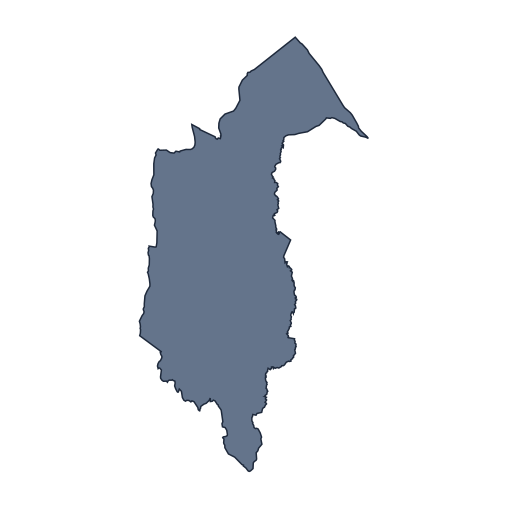 Bakan, Pouthisat, Cambodia (Equal Earth projection), rotated 174°
{"feature_id": "14789045B65386681247425", "entity_name": "Bakan", "entity_type": "district", "adm_level": 2, "iso_a3": "KHM", "parent_name": "Cambodia", "parent_adm1": "Pouthisat", "projection": "equal_earth", "projection_center": [103.706, 12.696], "detail": "fine", "context": "isolated", "style": "filled", "palette": "slate", "viewbox_px": 512, "rotation_deg": 174, "n_neighbors": 0, "source": "geoboundaries", "source_scale": "gbopen_adm2", "svg_char_len": 6119}
<svg xmlns="http://www.w3.org/2000/svg" viewBox="0 0 512 512"><g transform="rotate(174 256 256)"><path d="M230.7,317.3L228.1,319.4L228.2,321.2L226.5,322.6L227.3,324.3L226.8,325.8L228.4,327.1L229.8,327.2L229.3,329.1L230.1,330.1L230.3,331.5L231.4,331.9L230.8,333.0L231.4,333.7L232.1,335.7L231.3,337.3L228.7,338.4L227.4,340.1L227.2,341.5L227.9,342.4L228.0,343.2L226.6,345.1L223.3,346.5L222.4,346.3L221.6,347.2L221.7,348.6L222.5,350.2L221.6,351.1L221.9,351.3L221.8,352.9L221.0,354.1L221.2,355.2L220.1,357.3L220.4,358.9L219.8,359.2L219.9,360.0L218.8,361.7L217.7,360.7L217.5,361.2L217.3,362.4L218.3,363.2L217.1,363.4L217.1,363.9L218.2,365.0L218.2,365.5L216.6,367.0L217.0,367.2L217.0,368.1L216.3,368.4L215.9,370.9L213.7,372.4L211.0,373.1L204.7,372.7L200.7,373.5L191.8,374.2L182.8,378.6L179.6,379.3L172.3,385.0L171.6,386.0L167.6,385.1L166.1,385.7L163.2,384.6L158.1,380.9L156.5,380.5L155.3,379.2L153.3,378.5L151.1,375.4L149.1,374.4L147.8,372.9L143.2,369.6L140.7,365.6L139.4,364.4L134.4,362.7L132.0,361.2L133.1,363.1L138.3,369.1L140.6,372.7L140.6,374.3L141.9,377.7L145.6,386.1L147.2,388.6L152.4,394.2L153.7,396.6L170.1,431.6L171.1,434.8L173.3,438.7L182.0,451.9L183.3,455.5L188.0,462.0L189.8,463.4L194.1,469.5L238.2,441.6L241.5,440.5L242.8,439.4L244.9,439.4L245.7,438.1L245.8,436.5L251.2,432.3L255.3,425.8L255.6,423.8L255.7,412.5L260.7,405.0L263.2,402.5L272.0,400.4L277.3,396.1L279.0,392.0L279.7,387.2L278.2,381.1L278.3,379.2L278.7,379.1L278.6,378.3L279.2,376.5L281.2,377.3L282.3,376.2L283.3,376.7L284.1,377.9L284.2,378.8L298.8,387.7L298.7,388.5L306.1,393.5L306.0,390.5L304.6,381.2L304.6,375.5L305.2,372.7L306.4,370.6L308.4,369.2L310.0,368.8L314.6,369.3L320.5,368.3L321.0,367.5L324.7,368.6L326.8,366.9L330.6,367.8L334.0,370.7L340.6,371.2L341.8,372.6L342.4,372.6L345.2,368.9L344.8,366.9L346.6,364.1L348.0,358.4L349.1,347.4L351.5,342.8L352.8,339.0L352.7,335.9L351.8,334.5L351.1,332.3L351.6,329.0L353.3,325.9L353.0,318.3L353.4,315.5L353.0,313.4L353.8,311.6L354.4,307.1L354.1,305.6L352.6,303.8L352.4,302.2L352.7,300.4L353.8,297.3L351.7,291.3L353.2,279.6L354.3,275.6L355.4,275.4L361.2,277.0L361.1,276.5L362.3,274.9L362.2,272.7L363.0,270.6L362.9,268.2L362.3,267.3L362.3,264.5L363.1,258.2L364.4,255.2L364.6,252.2L365.6,251.2L365.1,249.7L364.5,244.5L364.4,239.3L364.7,237.0L368.1,232.4L370.6,228.0L372.1,220.2L372.4,217.1L373.5,215.5L373.7,214.5L373.1,212.2L373.8,210.4L375.5,208.6L378.8,203.3L378.3,200.6L378.3,197.6L378.8,196.1L378.5,194.8L379.1,191.2L380.0,188.9L359.8,170.4L361.1,170.9L361.3,170.5L361.0,168.2L360.1,166.1L360.3,164.6L362.0,161.9L363.3,161.2L364.7,159.2L365.5,156.9L365.1,154.2L364.3,154.8L363.4,154.5L362.0,152.5L363.6,145.8L363.6,144.3L362.6,142.4L361.2,141.1L358.2,140.9L357.3,139.7L356.3,141.2L355.1,141.6L353.0,141.3L352.1,141.7L351.5,140.9L349.8,140.1L349.7,138.1L350.5,135.3L349.8,132.4L348.6,129.3L347.9,128.7L347.4,128.9L346.2,131.7L344.7,129.8L344.3,129.0L344.0,122.9L342.8,120.1L341.3,119.0L339.9,119.7L337.7,119.3L336.0,117.7L334.9,118.6L332.9,117.6L329.7,111.4L329.5,109.2L328.4,107.9L328.0,108.0L328.0,109.2L327.2,110.0L326.6,112.2L323.3,114.1L321.0,114.7L317.7,117.2L316.7,119.0L316.4,118.9L316.6,116.0L314.7,116.1L313.5,117.1L311.9,116.2L310.0,112.4L309.2,111.9L309.1,110.6L307.0,107.0L306.7,105.9L306.3,94.7L307.4,92.7L307.2,89.6L304.6,88.6L303.3,85.7L303.1,81.5L303.4,80.4L304.9,79.7L307.5,79.5L308.1,78.8L307.0,77.2L307.7,73.6L307.5,72.5L306.8,71.1L307.0,68.6L304.1,62.0L298.2,58.2L291.8,50.1L290.3,49.3L290.6,48.6L288.2,46.2L286.3,43.1L285.3,42.5L284.0,42.8L281.2,44.9L280.3,50.6L279.3,51.7L277.2,52.9L276.6,54.0L276.4,60.3L274.5,62.1L273.5,64.6L269.8,68.2L270.3,73.6L269.4,75.3L270.3,79.6L272.0,83.8L273.5,84.6L274.6,84.4L275.9,85.6L276.0,87.8L276.9,89.6L276.5,90.4L276.6,91.0L277.1,91.7L277.3,93.0L277.0,95.9L276.4,96.4L275.7,98.7L272.6,97.7L271.5,99.3L266.7,99.9L265.5,103.3L264.4,104.4L263.4,104.7L262.3,106.7L261.0,107.8L261.1,108.4L262.3,109.6L260.6,111.5L260.5,111.8L261.5,112.6L261.5,113.2L260.4,114.4L262.0,115.2L261.4,115.3L261.6,116.3L259.7,117.4L259.1,119.7L258.4,120.3L259.0,121.4L259.0,122.4L259.8,123.3L259.0,126.6L258.4,127.1L258.8,128.7L258.3,129.1L259.3,130.8L259.4,131.7L259.4,133.9L258.7,134.3L259.1,135.5L258.5,135.6L258.9,137.0L258.6,138.3L257.5,138.8L257.2,139.7L256.4,140.2L256.5,141.0L255.7,143.1L253.8,141.5L253.2,142.3L252.3,142.3L252.2,144.0L250.9,144.0L250.3,142.4L249.8,143.3L248.6,142.3L246.7,142.9L245.0,142.2L242.3,143.4L241.8,144.2L240.1,144.1L239.0,144.8L236.9,147.3L234.3,148.0L233.7,147.6L232.2,147.8L232.1,149.2L230.4,150.1L230.1,150.9L229.1,151.5L229.2,152.8L226.9,155.1L227.3,158.7L226.7,159.2L226.3,161.0L225.6,161.6L225.9,162.0L225.5,163.6L225.5,164.4L226.5,165.4L226.0,167.1L226.6,168.3L226.3,169.7L232.5,171.4L232.7,171.9L232.1,172.4L232.3,173.6L233.6,175.4L232.2,176.0L232.8,177.1L230.6,180.3L230.2,182.0L228.7,182.3L229.0,183.9L228.0,185.0L227.9,185.7L228.7,188.3L227.7,189.1L227.7,190.2L227.1,191.9L227.7,193.2L227.5,194.1L226.3,196.5L225.6,196.6L224.9,194.8L224.7,195.6L223.9,196.1L223.2,199.5L222.1,199.7L221.8,200.2L222.0,202.4L222.7,203.6L221.5,204.8L221.6,206.6L220.1,208.1L220.0,208.6L221.3,209.3L221.2,210.4L220.4,210.4L220.2,211.0L220.9,212.5L221.7,213.0L221.9,214.3L222.0,216.7L221.3,218.1L220.8,218.2L220.2,220.3L221.0,221.8L221.2,223.1L220.9,225.3L221.2,227.5L221.5,227.8L222.0,227.0L222.7,228.1L222.1,229.9L222.9,232.3L221.6,236.1L223.2,237.6L222.0,238.3L221.9,238.9L223.2,240.6L224.1,240.9L223.9,241.7L224.3,242.4L225.0,242.8L225.9,242.1L226.5,245.2L225.8,245.7L225.9,246.2L225.5,246.9L227.5,247.2L227.3,246.8L227.8,246.4L227.8,250.3L228.7,251.8L228.3,253.3L219.9,268.3L229.4,277.5L229.9,277.2L230.9,277.6L231.2,277.1L230.5,276.0L231.2,275.2L232.0,275.6L231.7,276.3L232.2,276.9L232.9,276.6L233.4,277.4L232.9,278.8L233.3,279.3L233.2,280.4L232.6,280.6L233.4,282.8L233.1,283.8L233.6,288.0L233.4,289.5L235.5,292.2L234.6,294.6L234.0,294.8L233.5,294.3L233.0,294.6L233.6,295.3L233.3,296.2L230.5,297.1L229.7,298.5L230.3,299.8L228.4,301.0L229.0,304.7L228.3,305.7L228.5,307.4L227.7,308.2L227.8,308.9L228.8,309.7L227.7,310.6L228.5,312.3L229.4,313.5L230.2,313.8L231.2,315.7L230.7,317.3Z" fill="#64748b" stroke="#1e293b" stroke-width="1.5"/></g></svg>